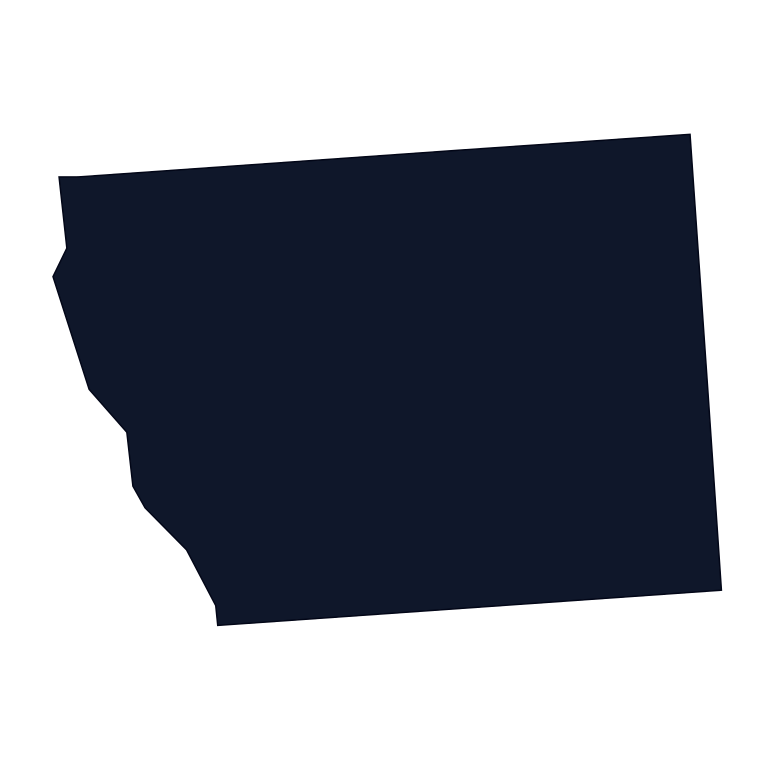 Colfax, Nebraska, United States of America (Mercator projection), rotated 86°
{"feature_id": "52423323B6784143076290", "entity_name": "Colfax", "entity_type": "district", "adm_level": 2, "iso_a3": "USA", "parent_name": "United States of America", "parent_adm1": "Nebraska", "projection": "mercator", "projection_center": [-97.093, 41.56], "detail": "fine", "context": "isolated", "style": "filled", "palette": "ink", "viewbox_px": 768, "rotation_deg": 86, "n_neighbors": 0, "source": "geoboundaries", "source_scale": "gbopen_adm2", "svg_char_len": 369}
<svg xmlns="http://www.w3.org/2000/svg" viewBox="0 0 768 768"><g transform="rotate(86 384 384)"><path d="M156.3,61.3L156.0,291.5L156.1,674.4L154.8,693.7L226.4,690.9L253.8,706.7L368.8,678.5L414.2,643.9L468.4,641.6L490.8,631.0L535.7,592.5L593.3,567.3L613.2,566.7L613.2,61.8L462.9,61.5L411.9,61.4L156.3,61.3Z" fill="#0f172a" stroke="#020617" stroke-width="1.5"/></g></svg>